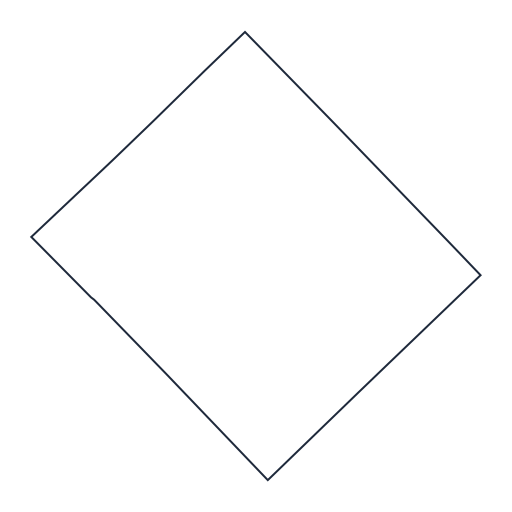 the district of Tippecanoe, Indiana, United States of America, rotated 316°
{"feature_id": "52423323B85350878130574", "entity_name": "Tippecanoe", "entity_type": "district", "adm_level": 2, "iso_a3": "USA", "parent_name": "United States of America", "parent_adm1": "Indiana", "projection": "albers", "projection_center": [-86.889, 40.389], "detail": "fine", "context": "isolated", "style": "outline", "palette": "slate", "viewbox_px": 512, "rotation_deg": 316, "n_neighbors": 0, "source": "geoboundaries", "source_scale": "gbopen_adm2", "svg_char_len": 375}
<svg xmlns="http://www.w3.org/2000/svg" viewBox="0 0 512 512"><g transform="rotate(316 256 256)"><path d="M404.2,425.8L404.4,383.1L404.4,341.2L404.4,213.6L403.7,87.2L347.4,87.1L275.1,87.6L219.7,87.5L191.8,87.2L177.3,87.0L107.6,86.2L108.6,171.1L109.2,175.0L109.5,277.5L108.8,425.4L234.8,425.3L276.7,425.4L404.2,425.8Z" fill="none" stroke="#1e293b" stroke-width="2"/></g></svg>